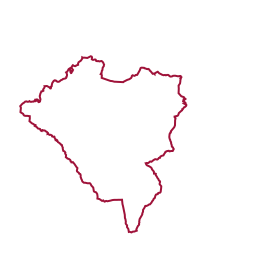 Jitia, Vrancea, Romania, rotated 141°
{"feature_id": "2599482B15858955019342", "entity_name": "Jitia", "entity_type": "district", "adm_level": 2, "iso_a3": "ROU", "parent_name": "Romania", "parent_adm1": "Vrancea", "projection": "mercator", "projection_center": [26.761, 45.59], "detail": "fine", "context": "isolated", "style": "outline", "palette": "rose", "viewbox_px": 256, "rotation_deg": 141, "n_neighbors": 0, "source": "geoboundaries", "source_scale": "gbopen_adm2", "svg_char_len": 5871}
<svg xmlns="http://www.w3.org/2000/svg" viewBox="0 0 256 256"><g transform="rotate(141 128 128)"><path d="M198.0,212.8L198.5,211.1L201.6,208.0L201.6,207.7L201.4,207.4L200.6,204.9L200.9,203.8L200.8,202.9L200.1,202.0L198.6,200.8L196.9,199.0L198.3,197.2L200.3,195.3L199.7,192.0L199.2,191.1L198.7,189.4L198.2,188.7L199.2,188.3L199.0,187.7L198.7,187.7L198.4,187.2L198.3,184.3L197.0,182.7L197.4,180.9L196.9,179.9L195.8,180.3L195.7,180.2L195.8,179.7L194.7,178.9L194.2,178.3L194.0,177.2L193.5,176.1L193.5,175.0L193.3,174.7L193.4,174.4L194.0,174.3L194.3,174.0L193.8,173.8L193.7,173.1L193.3,172.0L192.6,171.6L192.3,171.2L191.8,169.9L192.2,169.5L192.3,169.2L191.4,168.0L190.7,167.7L190.7,167.4L191.2,166.7L191.3,165.8L191.9,164.2L191.1,163.9L191.4,163.0L190.8,162.8L191.3,161.2L190.7,159.3L190.7,158.6L190.4,158.2L190.6,157.1L190.1,156.3L190.8,155.0L191.0,153.8L191.6,153.2L192.7,151.0L192.1,149.8L192.1,148.4L192.7,148.0L193.0,147.5L193.1,146.0L194.7,144.4L194.3,143.1L194.3,142.3L193.4,141.2L193.4,140.7L193.0,139.8L193.1,139.0L193.6,138.2L193.4,137.8L193.6,136.9L192.9,136.6L192.3,136.1L192.5,135.6L192.2,134.5L192.6,129.9L192.5,128.7L194.5,127.1L194.8,126.6L194.9,126.2L194.4,124.0L194.7,123.2L194.2,122.5L194.1,122.1L194.5,121.1L195.7,119.7L195.9,118.8L196.3,118.0L196.5,116.8L197.0,115.6L197.1,114.9L196.7,113.2L195.7,112.4L194.2,110.5L192.4,109.1L192.3,108.1L192.7,106.3L192.5,103.6L194.3,100.4L194.3,99.7L193.3,98.1L193.3,97.7L193.5,96.0L194.9,93.7L196.2,92.4L194.9,90.7L194.0,87.6L192.8,87.3L192.6,85.6L192.4,85.4L191.1,85.2L190.8,85.0L190.1,84.0L187.1,82.5L185.9,82.0L184.6,81.3L177.8,76.0L180.2,72.3L181.1,70.3L185.1,62.6L187.0,60.0L187.4,58.7L188.6,56.6L189.7,55.5L190.0,54.9L190.0,52.9L190.3,52.5L191.1,51.7L191.3,49.3L192.7,46.8L192.4,46.7L190.9,44.6L190.1,44.6L189.3,44.3L188.4,43.6L185.8,42.7L185.3,44.0L182.0,45.6L180.8,45.7L180.0,46.1L179.5,46.9L178.5,47.5L178.3,48.1L176.3,49.9L171.9,51.6L171.1,52.0L170.7,52.6L169.0,53.5L167.8,54.9L165.0,55.8L163.9,56.5L163.5,56.5L162.9,55.9L161.3,55.4L159.7,55.3L158.8,54.8L157.7,55.1L156.8,55.2L155.2,55.9L154.1,56.0L152.4,56.9L151.7,56.7L151.1,56.8L149.6,58.0L148.3,58.6L147.9,58.6L146.5,57.9L145.8,58.4L145.0,58.3L143.9,57.6L142.8,57.8L140.0,60.5L138.8,61.8L138.8,64.4L138.3,65.0L137.0,65.9L136.7,66.6L137.0,67.8L136.5,69.3L136.6,70.3L136.2,72.1L136.1,73.7L136.0,74.1L135.2,74.9L135.4,75.3L136.5,76.2L135.3,77.9L135.4,80.7L135.0,81.6L134.9,82.6L135.5,84.6L136.7,87.0L136.8,88.0L136.4,89.4L136.1,89.2L135.7,89.2L135.4,88.8L134.1,88.0L132.2,88.1L131.8,88.0L131.0,87.0L128.3,87.0L126.6,86.7L126.1,86.3L125.3,85.2L124.9,85.0L124.1,85.0L122.8,85.3L121.8,84.7L120.9,85.4L120.5,85.4L118.9,85.0L117.7,84.4L116.1,85.1L114.9,85.4L114.4,85.8L113.7,85.6L113.1,85.8L112.0,85.4L110.6,84.6L110.5,84.3L110.5,83.8L110.3,83.6L109.3,83.2L107.7,82.0L106.7,82.4L106.3,82.8L105.7,82.9L105.7,83.3L105.3,84.7L105.6,85.7L105.4,86.4L104.8,87.1L104.3,88.7L103.5,89.8L103.1,91.6L102.6,92.5L102.5,93.3L101.6,95.0L99.4,97.2L98.2,97.4L98.0,97.8L97.2,97.8L96.9,98.0L96.7,98.5L91.6,99.5L89.8,100.5L86.5,104.4L85.0,105.6L85.1,106.1L84.8,106.9L84.9,107.3L84.6,107.6L83.8,107.0L83.5,107.1L81.8,106.3L80.7,106.5L79.1,107.6L75.4,107.8L74.8,107.7L73.9,108.5L73.4,108.2L71.5,108.8L70.6,108.5L68.9,108.6L68.2,109.1L68.1,109.3L69.1,111.8L67.6,111.4L67.7,113.2L68.4,114.0L66.8,115.2L66.3,114.4L65.1,114.4L65.3,115.4L65.2,116.9L66.6,119.1L66.8,123.2L63.8,126.6L62.0,129.1L59.5,129.9L57.9,131.4L57.2,132.2L56.0,133.1L56.0,133.7L55.2,133.6L54.5,133.9L54.6,134.5L54.4,135.2L54.7,135.6L56.6,136.7L58.4,138.9L60.1,140.2L61.4,140.4L62.7,141.3L63.1,142.2L63.0,142.4L63.2,143.5L63.4,144.0L64.3,144.7L65.4,145.1L65.8,145.9L67.2,146.7L68.2,148.3L68.5,149.2L69.3,150.8L69.5,153.0L71.1,153.4L72.5,153.5L72.9,153.7L73.2,153.6L73.5,153.2L73.7,154.1L74.7,154.6L74.7,154.8L74.7,157.9L75.0,159.0L74.7,159.8L74.8,160.6L75.2,161.3L75.7,161.4L76.5,162.3L76.9,163.3L77.6,164.0L77.6,164.6L79.4,166.3L80.1,166.6L80.6,166.6L82.4,165.5L87.4,163.5L88.6,164.3L89.0,164.2L90.2,164.5L91.3,166.1L92.3,166.0L92.9,165.4L94.1,164.9L96.3,165.1L98.4,165.9L100.3,166.3L102.3,166.7L102.8,166.6L109.5,172.6L110.7,174.3L112.0,175.6L116.9,183.5L115.1,185.5L115.1,186.1L114.7,186.5L115.2,187.1L113.5,187.8L112.3,188.9L111.5,189.1L109.7,190.8L107.9,191.3L107.2,192.0L106.7,192.3L106.5,193.3L106.1,194.5L106.2,196.1L106.5,196.8L108.4,197.8L108.9,198.7L109.6,199.1L110.5,200.0L110.5,200.4L110.1,201.4L110.3,201.8L110.6,202.1L112.3,202.9L112.6,203.4L112.9,204.2L111.5,205.5L111.3,206.3L111.8,207.2L115.5,208.0L117.4,209.9L118.8,211.0L119.1,211.7L120.0,210.7L122.2,210.0L125.0,210.2L126.3,209.5L127.0,208.5L128.9,209.2L129.8,209.1L130.8,210.0L131.3,211.5L132.1,211.4L133.4,210.7L135.0,210.9L134.4,210.3L134.1,209.5L134.2,207.7L134.5,207.6L134.8,207.8L135.2,207.6L135.5,207.4L135.5,207.1L135.8,207.0L136.1,207.5L136.3,207.0L136.7,207.1L137.5,206.4L137.7,206.5L137.7,206.9L137.6,207.5L137.0,208.6L136.5,208.9L136.2,210.7L136.3,211.0L136.5,211.0L137.4,210.6L137.8,210.8L139.9,210.0L141.1,210.2L141.2,209.3L141.8,207.8L142.7,206.9L143.9,206.5L144.0,206.1L144.7,205.8L145.5,205.9L147.6,207.0L148.4,206.9L150.2,207.4L152.0,207.3L153.0,207.7L153.6,208.2L154.0,209.0L154.0,209.9L154.8,210.6L154.8,211.1L156.0,211.4L158.6,210.6L160.5,209.1L160.8,208.6L161.9,208.6L162.2,208.0L162.8,207.5L163.2,207.4L163.5,207.7L163.6,209.3L164.6,211.7L166.5,213.0L166.6,212.7L167.5,212.0L169.6,211.4L170.0,211.0L170.3,210.2L171.3,210.3L172.2,211.0L174.7,209.7L175.9,208.7L176.5,208.4L177.4,206.7L177.9,205.5L179.7,204.0L180.5,204.0L181.2,204.4L181.2,204.8L180.5,205.2L180.3,206.2L180.4,207.0L180.8,207.2L180.9,207.6L181.4,207.9L182.1,206.9L182.5,207.4L182.7,208.0L183.0,207.7L183.1,207.2L183.3,207.2L183.8,208.0L184.7,207.9L185.7,208.7L187.0,209.4L187.5,210.2L187.7,210.9L188.5,210.9L189.7,211.7L190.2,212.6L191.3,213.2L193.2,213.1L193.9,213.3L195.9,213.2L197.4,212.8L198.0,212.8Z" fill="none" stroke="#9f1239" stroke-width="2"/></g></svg>